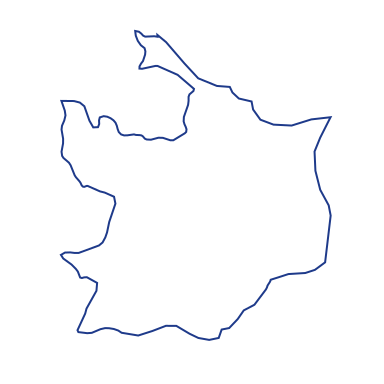 map outline of Beyla (orthographic projection), rotated 187°
{"feature_id": "GIN-5627", "entity_name": "Beyla", "entity_type": "Prefecture", "adm_level": 1, "iso_a3": "GIN", "parent_name": "Guinea", "parent_adm1": "", "projection": "orthographic", "projection_center": [-8.118, 8.717], "detail": "fine", "context": "isolated", "style": "outline", "palette": "blue", "viewbox_px": 384, "rotation_deg": 187, "n_neighbors": 0, "source": "natural_earth", "source_scale": "10m", "svg_char_len": 2195}
<svg xmlns="http://www.w3.org/2000/svg" viewBox="0 0 384 384"><g transform="rotate(187 192 192)"><path d="M244.7,43.7L248.3,45.5L252.9,46.5L257.8,46.7L261.7,46.3L266.1,44.7L274.3,40.0L278.8,39.1L287.7,39.1L288.8,40.9L283.2,58.3L282.5,63.4L274.8,82.3L275.1,90.2L286.0,94.6L288.7,94.1L290.8,93.2L292.6,93.5L295.6,99.1L297.9,101.5L302.7,105.3L311.7,110.3L314.4,113.6L314.1,113.8L310.7,116.4L305.5,117.2L301.3,117.2L297.1,117.7L277.8,127.6L274.6,131.0L272.5,136.4L271.4,141.5L270.5,152.2L266.6,171.1L268.8,177.8L278.6,180.8L283.4,181.4L296.3,185.3L297.3,185.2L299.5,184.0L300.8,184.0L302.2,185.0L303.9,187.7L305.0,188.9L309.0,192.5L310.5,194.3L315.7,203.7L317.7,206.1L323.7,210.1L325.3,212.0L326.4,216.1L325.9,224.5L326.4,229.1L329.1,238.1L329.1,241.9L327.5,247.4L326.9,252.6L328.2,257.3L332.7,266.5L320.2,267.9L314.2,267.1L309.3,264.0L302.5,250.3L297.9,244.1L293.2,244.9L292.4,248.2L293.0,251.8L292.6,254.8L288.9,256.5L285.3,256.4L281.8,255.3L278.7,253.6L276.4,251.5L274.7,248.6L273.5,245.5L272.0,242.6L269.4,240.5L266.3,239.9L263.0,240.4L256.6,242.1L254.6,241.8L250.8,242.1L249.0,242.0L247.6,241.3L245.3,239.2L243.4,238.6L239.1,238.9L231.9,241.8L227.5,242.2L219.8,240.7L216.8,241.1L206.3,249.4L205.1,250.9L205.1,253.6L206.2,255.9L207.7,258.3L208.9,261.1L209.2,265.5L206.5,278.0L206.5,282.0L207.0,286.1L206.4,288.6L202.9,292.4L202.6,294.6L220.5,306.5L241.5,312.9L243.6,312.7L256.6,308.2L259.2,308.1L259.4,310.3L258.2,313.3L256.6,316.0L255.3,322.6L255.4,325.9L256.6,329.0L260.6,331.4L264.2,335.4L266.8,340.2L267.4,342.4L268.0,344.9L264.2,344.6L261.6,343.0L259.5,341.2L257.4,340.5L248.4,342.0L245.1,341.9L245.5,343.7L236.0,337.6L215.2,318.7L199.7,305.6L180.2,300.3L167.3,300.9L164.0,295.7L156.9,290.5L143.9,289.1L141.4,281.3L132.9,272.1L119.3,268.8L101.2,270.1L82.4,278.6L63.6,283.1L66.9,274.0L71.4,261.5L75.3,247.1L72.1,228.1L65.0,209.8L54.7,195.4L51.5,185.5L51.3,138.4L60.5,129.7L69.7,125.4L86.3,122.3L95.5,118.0L103.2,114.5L103.4,113.3L103.8,112.1L105.6,108.4L106.0,106.3L106.8,104.2L116.3,87.7L126.2,80.8L131.1,71.5L138.5,61.5L145.8,59.1L147.7,50.4L156.9,47.3L167.9,47.9L177.1,51.0L191.2,57.2L201.6,56.0L214.4,49.2L227.9,43.0L244.7,43.7Z" fill="none" stroke="#1e3a8a" stroke-width="2"/></g></svg>